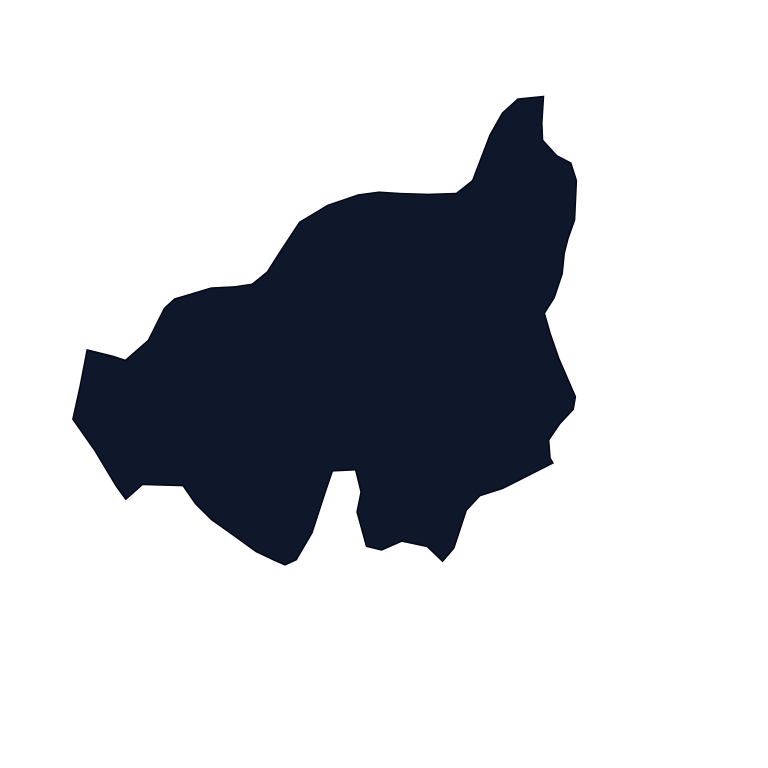 outline of Cheorwon-gun, Gangwon, South Korea, rotated 329°
{"feature_id": "91817680B73346878676901", "entity_name": "Cheorwon-gun", "entity_type": "district", "adm_level": 2, "iso_a3": "KOR", "parent_name": "South Korea", "parent_adm1": "Gangwon", "projection": "mercator", "projection_center": [127.362, 38.202], "detail": "fine", "context": "isolated", "style": "filled", "palette": "ink", "viewbox_px": 768, "rotation_deg": 329, "n_neighbors": 0, "source": "geoboundaries", "source_scale": "gbopen_adm2", "svg_char_len": 1070}
<svg xmlns="http://www.w3.org/2000/svg" viewBox="0 0 768 768"><g transform="rotate(329 384 384)"><path d="M668.8,219.7L645.5,208.7L625.0,212.8L603.1,225.2L564.7,255.3L544.2,258.0L519.6,244.3L496.3,229.3L478.5,217.0L459.3,208.7L427.8,201.9L395.0,201.9L363.5,217.0L341.6,227.9L322.4,230.6L306.0,223.8L285.4,212.8L248.4,203.3L234.8,206.0L204.6,225.2L174.5,230.6L166.3,221.1L147.1,201.9L122.5,229.3L99.2,253.9L101.9,292.3L101.9,318.3L101.9,333.3L103.3,349.8L125.2,345.7L159.4,367.6L160.8,389.5L166.3,411.4L175.9,433.3L186.6,458.3L188.2,462.0L199.2,478.5L206.0,488.1L218.3,489.4L245.7,474.4L277.2,447.0L295.0,431.9L315.5,442.9L308.7,464.8L295.0,479.8L285.4,514.1L296.4,525.0L318.3,527.8L337.4,545.6L342.9,566.1L359.4,560.6L389.5,534.6L408.6,529.1L431.9,534.6L488.1,538.7L488.1,533.2L496.3,516.8L514.1,508.6L533.2,503.1L541.5,493.5L546.9,452.5L552.4,426.4L557.9,405.9L574.3,397.7L593.5,381.3L605.8,364.8L616.8,353.9L631.8,341.6L642.8,325.1L653.7,308.7L657.9,290.9L649.6,277.2L645.5,256.7L653.7,241.6L668.8,219.7Z" fill="#0f172a" stroke="#020617" stroke-width="1.5"/></g></svg>